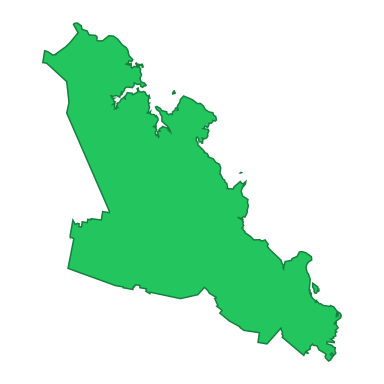 West Tamar, Tasmania, Australia (Equal Earth projection)
{"feature_id": "25037944B75055977098300", "entity_name": "West Tamar", "entity_type": "district", "adm_level": 2, "iso_a3": "AUS", "parent_name": "Australia", "parent_adm1": "Tasmania", "projection": "equal_earth", "projection_center": [146.895, -41.264], "detail": "fine", "context": "isolated", "style": "filled", "palette": "green", "viewbox_px": 384, "rotation_deg": 0, "n_neighbors": 0, "source": "geoboundaries", "source_scale": "gbopen_adm2", "svg_char_len": 5946}
<svg xmlns="http://www.w3.org/2000/svg" viewBox="0 0 384 384"><path d="M73.8,238.8L68.0,268.4L115.5,285.6L123.2,286.9L123.1,287.7L132.8,289.5L133.3,286.7L134.4,286.9L135.4,284.8L139.9,285.4L139.9,287.7L146.3,288.8L145.9,291.3L149.9,293.6L150.1,292.2L180.4,298.6L197.8,294.7L204.4,287.4L207.8,290.5L209.4,293.3L215.9,297.1L216.3,297.8L214.7,298.5L217.9,305.5L216.7,306.2L222.1,310.3L219.8,313.1L229.7,321.2L240.1,326.9L240.0,327.6L244.0,330.4L259.4,332.7L258.0,342.4L267.0,343.9L281.4,327.6L280.9,329.2L282.5,332.0L281.9,333.9L283.0,335.8L282.3,337.3L303.8,355.4L305.4,352.4L308.6,353.6L306.1,351.4L310.2,349.0L310.0,346.8L312.5,344.0L313.3,345.2L317.1,345.9L318.9,349.8L325.7,353.8L326.1,354.5L325.1,356.2L325.5,357.8L328.6,361.0L330.2,360.2L333.0,356.3L330.4,354.7L331.8,353.0L333.8,355.3L335.8,353.2L334.8,350.7L335.3,347.7L333.4,347.1L332.1,345.4L326.8,343.7L327.1,341.7L334.2,342.7L334.3,341.7L330.6,339.1L333.7,338.0L333.3,337.0L335.8,335.9L335.2,332.8L336.8,331.9L335.4,330.4L338.1,327.8L336.0,324.6L336.2,322.3L333.8,324.3L335.8,321.4L340.7,317.7L341.2,315.5L340.3,313.4L337.9,311.8L338.1,313.7L337.9,315.6L337.6,316.6L338.0,313.5L337.4,314.5L337.0,313.9L336.6,315.8L336.1,317.5L337.0,311.2L333.7,306.9L330.4,305.5L329.8,306.5L323.1,305.4L320.6,303.7L319.3,303.8L317.5,301.6L314.8,302.6L316.6,301.7L316.5,300.5L315.7,300.9L312.9,298.7L310.7,295.5L309.9,292.6L309.3,292.5L309.8,292.5L309.2,290.3L310.2,279.4L308.3,273.7L307.1,272.4L306.1,267.7L306.5,265.0L308.3,262.2L311.7,260.0L311.4,256.7L305.8,252.7L301.7,251.6L299.4,252.0L297.1,256.4L292.1,258.6L291.4,260.4L285.2,261.5L284.3,264.6L283.3,265.1L284.0,266.2L283.7,267.1L283.0,267.4L283.7,268.1L283.6,268.8L282.9,267.4L283.9,266.1L281.9,263.1L281.0,260.2L269.4,249.1L267.2,246.1L268.2,244.3L265.1,239.9L261.8,241.1L259.8,239.7L253.7,239.9L250.5,236.4L244.9,232.7L244.9,231.5L243.1,229.8L242.9,227.9L242.1,227.9L243.6,225.5L242.7,223.3L243.4,221.9L242.4,221.0L242.8,220.1L237.6,217.3L242.7,218.9L242.3,217.5L243.6,216.6L245.0,217.1L247.4,212.1L247.2,210.3L248.4,205.8L247.4,202.2L248.0,199.6L242.5,195.9L241.2,191.2L242.2,187.8L245.3,184.2L245.8,181.5L243.3,183.6L243.7,184.3L243.2,184.8L243.2,183.7L241.6,183.3L240.3,181.5L234.2,186.7L233.1,189.0L227.2,188.6L227.6,187.7L226.8,183.6L224.8,181.6L224.6,180.0L223.1,179.4L220.6,174.3L219.8,174.2L220.7,168.1L219.5,164.4L215.7,162.2L213.2,158.8L208.0,156.7L208.3,155.6L207.1,153.5L204.2,152.4L204.5,151.6L202.5,149.3L197.8,145.0L197.8,143.0L196.2,140.2L196.3,137.6L197.2,137.1L198.6,138.7L199.1,141.7L201.6,142.0L201.7,143.1L202.5,143.2L202.9,139.9L202.3,138.2L204.3,138.9L206.5,138.0L207.8,136.2L207.7,133.3L208.9,131.0L208.2,129.5L203.4,128.6L204.1,128.3L204.8,126.1L207.7,127.5L209.0,124.5L208.7,123.2L211.1,123.2L212.8,121.6L212.8,120.5L215.3,121.0L216.5,119.9L215.6,116.4L213.6,115.2L212.8,112.7L209.0,111.9L205.3,109.6L203.3,105.9L200.4,103.4L197.4,103.6L192.3,99.6L183.6,96.0L180.5,99.3L179.9,102.2L177.8,105.2L177.3,106.6L178.1,109.9L177.3,110.2L177.8,108.8L176.8,107.9L175.5,108.1L175.0,110.1L172.6,111.9L172.2,114.6L170.6,113.8L168.8,114.7L166.9,113.3L166.7,111.8L161.7,110.6L160.3,108.5L156.9,106.5L155.5,107.0L156.6,109.5L159.8,111.9L160.3,114.2L161.9,116.4L161.9,121.3L167.2,125.9L169.3,128.8L170.6,132.2L168.1,130.1L168.8,129.3L167.5,128.2L162.5,126.5L162.6,127.3L160.2,128.3L158.4,131.1L159.2,130.6L159.7,130.8L160.0,131.1L157.4,131.6L158.7,136.4L158.7,138.0L158.0,135.7L156.8,134.7L156.2,135.5L155.5,134.1L155.4,131.8L156.7,129.7L154.7,126.6L152.8,126.8L155.3,125.8L156.1,126.4L155.9,124.1L158.1,120.1L158.0,118.3L156.3,115.8L155.7,116.7L154.4,114.7L151.0,114.3L150.1,113.2L150.5,111.5L148.7,113.3L147.2,112.9L148.2,112.1L149.5,107.3L148.6,104.2L149.6,103.1L148.6,103.0L148.1,101.4L148.8,97.6L149.7,97.9L149.1,95.4L148.4,96.2L146.5,95.1L145.2,92.2L143.6,91.4L141.6,92.3L138.9,91.3L138.1,88.1L137.0,88.9L137.7,89.5L137.5,92.2L132.7,94.8L131.7,93.6L132.7,93.3L127.3,92.7L125.8,95.7L124.5,96.5L125.7,99.6L123.8,97.5L121.3,99.1L119.6,102.2L117.0,103.4L117.5,104.5L116.6,105.6L117.6,107.2L116.5,106.8L116.6,108.5L115.0,108.9L115.5,108.3L114.4,106.9L114.8,104.0L112.9,104.4L115.3,101.9L113.6,101.0L113.6,98.7L114.4,98.2L111.4,98.2L112.3,97.9L112.4,96.5L111.4,96.3L110.6,95.6L110.1,95.7L110.6,95.5L112.6,96.4L116.3,95.5L119.7,97.2L120.2,95.4L121.4,94.6L121.0,93.4L122.1,93.7L121.8,91.9L122.8,92.3L124.5,90.3L124.5,88.6L126.9,87.0L132.4,87.6L134.1,85.1L134.2,82.8L137.1,84.5L140.3,84.0L140.7,86.3L142.7,87.4L143.6,86.2L145.4,85.8L145.4,85.0L146.5,85.7L144.4,83.0L141.2,82.0L140.3,79.8L140.0,77.9L141.4,75.4L141.4,73.8L140.1,72.3L140.7,69.1L139.1,67.4L140.0,66.6L139.2,67.0L137.8,64.7L142.1,65.8L142.5,66.4L141.8,67.6L143.0,66.8L142.9,65.6L142.3,64.5L142.1,64.2L141.8,64.2L142.6,66.1L140.7,64.8L137.3,64.1L136.3,63.0L135.7,63.5L137.6,67.0L134.2,66.4L131.8,68.1L131.2,67.4L131.2,63.3L130.1,63.6L129.6,65.2L126.0,64.1L126.9,63.3L128.5,63.8L128.7,60.9L131.8,61.3L132.8,59.7L128.9,55.4L127.8,50.1L126.1,47.5L122.3,44.9L117.7,39.1L113.3,36.1L108.9,35.7L102.6,40.8L97.5,40.9L96.8,40.0L97.1,37.0L95.5,35.4L89.0,34.9L87.2,31.0L81.9,29.3L81.4,25.8L77.2,23.0L74.3,23.4L73.5,24.5L78.1,32.8L70.1,42.5L65.6,46.9L55.6,54.1L56.0,54.2L56.1,54.5L55.3,54.8L54.6,54.8L56.0,54.3L52.8,55.1L47.9,51.7L44.7,50.7L42.8,62.6L46.7,63.2L66.7,81.6L69.0,102.5L66.7,113.0L109.4,211.3L109.2,212.6L102.7,211.6L101.3,220.0L91.1,218.7L90.9,219.8L87.8,219.3L87.2,222.6L82.3,221.8L81.4,227.0L78.8,226.6L79.2,223.9L77.5,223.4L75.3,224.4L72.9,220.2L70.1,235.9L70.4,237.8L71.9,237.5L73.8,238.8ZM312.7,283.2L312.7,287.0L314.2,289.7L314.6,289.2L314.0,290.9L314.6,293.0L316.3,293.2L318.1,290.1L317.8,287.0L312.7,283.2ZM174.3,90.9L173.7,91.2L172.7,93.0L172.8,94.0L175.2,93.2L174.3,90.9ZM310.6,292.6L310.9,294.8L311.3,294.8L311.2,293.2L310.6,292.6ZM309.7,289.8L310.0,291.8L309.9,289.2L309.7,289.8ZM318.3,291.8L318.9,290.8L318.8,289.5L318.7,289.6L318.3,291.8ZM240.3,172.9L241.2,172.9L241.5,172.6L240.7,172.5L240.3,172.9Z" fill="#22c55e" stroke="#15803d" stroke-width="1.5"/></svg>